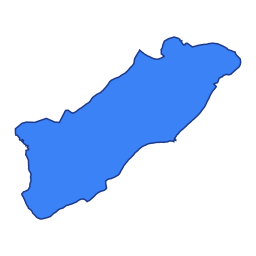 outline of Bali, Taraba, Nigeria
{"feature_id": "59680162B98222207712503", "entity_name": "Bali", "entity_type": "district", "adm_level": 2, "iso_a3": "NGA", "parent_name": "Nigeria", "parent_adm1": "Taraba", "projection": "albers", "projection_center": [10.998, 8.109], "detail": "fine", "context": "isolated", "style": "filled", "palette": "blue", "viewbox_px": 256, "rotation_deg": 0, "n_neighbors": 0, "source": "geoboundaries", "source_scale": "gbopen_adm2", "svg_char_len": 5249}
<svg xmlns="http://www.w3.org/2000/svg" viewBox="0 0 256 256"><path d="M201.7,44.7L199.7,45.1L198.2,45.4L196.7,45.7L195.5,46.3L194.0,46.4L192.5,47.0L189.3,44.8L187.3,43.3L186.2,43.3L185.4,43.7L184.9,44.9L183.6,44.9L182.8,43.9L181.6,42.5L181.7,40.8L180.9,41.1L180.2,40.8L179.9,39.4L178.3,38.3L174.1,37.0L171.3,37.9L168.5,38.7L164.4,41.1L162.9,44.9L162.3,48.0L161.1,49.6L161.3,51.2L161.3,53.9L163.9,55.9L164.1,56.6L162.6,57.1L161.4,58.0L158.9,58.9L157.9,59.2L156.6,59.2L155.4,59.0L153.3,58.6L149.2,56.5L147.6,56.0L146.6,55.3L145.3,54.6L144.2,53.9L143.3,53.1L142.7,52.6L141.9,52.2L140.6,50.9L139.6,50.1L139.1,51.5L138.4,52.3L137.9,53.1L137.4,53.9L134.7,58.5L133.8,63.6L133.1,64.7L132.2,65.8L131.0,66.9L129.8,68.2L129.0,69.3L127.8,70.6L126.4,72.0L125.7,72.5L125.2,73.1L123.7,73.9L122.2,74.8L120.8,75.6L120.3,76.1L119.5,76.7L118.3,77.3L117.6,77.6L115.8,78.1L114.6,78.7L113.3,79.3L111.4,80.2L109.9,81.5L109.4,82.1L109.0,82.9L107.8,84.7L107.7,84.8L106.8,85.8L106.1,86.9L104.9,88.2L103.9,89.3L103.0,90.4L101.5,91.5L100.8,92.3L100.1,92.8L98.1,93.7L96.6,94.5L95.6,95.3L93.2,97.0L91.7,98.6L91.0,99.9L90.4,100.8L90.1,101.3L89.6,101.8L88.4,102.9L86.7,103.8L85.2,104.9L84.0,105.9L82.7,106.8L81.3,107.9L80.3,108.4L78.6,109.5L76.4,111.4L73.7,112.9L72.4,112.9L72.1,113.1L68.0,110.2L66.3,110.4L65.5,110.5L59.4,122.4L54.8,122.1L46.3,118.4L34.8,122.4L26.4,122.1L24.5,122.6L22.2,123.2L15.4,128.8L15.5,133.5L15.7,134.3L15.9,135.2L17.3,135.2L18.7,137.2L19.7,138.1L19.5,139.5L20.1,140.2L21.4,140.3L22.6,139.6L23.4,140.5L22.1,141.1L21.9,141.5L22.4,141.8L22.9,141.5L23.3,141.9L23.1,142.6L24.0,143.6L24.3,144.0L25.9,144.7L25.9,145.9L27.9,145.6L28.2,146.1L27.3,147.6L28.5,148.7L28.6,149.6L27.5,150.0L26.5,150.3L26.0,150.4L26.1,151.9L25.9,153.2L25.7,154.8L26.6,156.0L27.1,157.3L28.0,159.1L28.2,159.8L28.6,161.1L28.4,162.7L28.7,163.7L28.7,164.5L28.5,165.2L28.8,167.0L28.6,168.6L28.9,169.6L29.3,170.9L30.1,172.1L30.6,172.9L30.9,173.9L31.0,175.5L30.5,176.8L30.6,177.6L30.9,178.6L30.9,179.3L31.0,181.4L30.3,182.7L29.9,184.3L29.9,185.1L30.0,186.4L29.3,187.7L28.8,188.7L28.1,189.8L26.1,190.9L25.6,191.2L24.9,191.5L23.6,191.8L22.9,192.6L21.9,193.7L22.0,195.0L22.8,196.2L23.9,198.3L24.8,200.3L25.4,201.8L25.9,203.1L26.5,204.3L27.1,205.6L27.9,206.6L28.4,208.1L29.0,208.6L30.8,209.8L31.6,210.8L32.1,211.6L32.7,213.1L34.0,214.3L35.4,215.8L36.5,217.1L37.2,217.6L38.0,218.0L40.3,219.0L41.9,218.9L42.7,218.7L43.4,218.6L44.4,218.3L46.9,217.7L47.9,217.4L49.1,216.8L50.1,216.7L51.1,215.9L51.6,215.4L52.3,214.6L54.5,212.7L55.3,212.6L56.2,211.8L57.0,211.0L57.9,210.4L58.4,209.7L60.2,208.8L61.2,208.5L62.4,208.2L63.2,207.9L64.1,207.1L65.1,206.5L65.6,206.0L66.3,205.4L67.3,205.4L68.3,205.1L69.8,204.5L71.1,204.2L72.1,203.9L73.3,203.3L74.6,202.7L75.8,202.2L76.6,201.9L77.3,201.3L77.8,200.8L78.5,200.5L79.5,199.7L80.8,199.4L81.5,199.1L82.5,199.0L83.8,199.2L84.6,199.4L85.6,200.2L87.1,201.6L87.7,201.1L88.7,200.8L89.4,200.5L91.6,198.6L92.1,198.2L92.8,197.5L94.3,196.2L94.8,195.6L95.5,194.8L96.7,193.7L97.4,193.2L98.4,192.4L99.2,192.1L100.4,191.5L101.1,191.2L102.4,190.9L104.1,190.3L105.4,189.5L106.6,188.1L106.2,186.1L105.9,184.5L105.6,183.3L105.8,181.7L105.7,180.9L107.9,179.3L109.7,178.7L111.2,178.6L112.4,178.0L113.7,177.5L114.4,177.2L116.9,175.8L118.4,174.9L118.9,174.4L119.8,173.1L120.5,171.7L121.0,170.7L121.7,169.6L122.4,168.3L123.3,166.7L123.8,165.6L125.0,164.3L125.2,164.0L125.9,163.0L127.6,161.1L128.3,160.0L130.0,158.4L130.7,157.8L131.9,156.5L133.4,155.1L133.9,154.3L134.3,153.8L134.8,153.0L136.5,151.6L137.2,151.1L138.0,150.3L138.7,149.5L139.7,148.6L140.6,147.8L141.4,147.3L142.1,146.7L143.1,146.2L144.1,145.6L145.1,145.3L145.8,145.0L146.8,144.4L147.6,144.1L148.8,143.6L149.8,143.5L151.6,143.2L152.6,143.1L154.6,142.8L156.3,142.4L157.6,142.4L158.4,142.4L159.9,142.3L160.9,142.2L162.4,142.2L163.2,142.4L164.7,142.1L165.4,142.0L167.2,141.9L168.2,141.6L168.7,141.4L169.7,140.8L172.4,141.2L173.8,141.6L173.8,141.1L174.0,140.2L174.7,139.9L175.2,140.2L175.7,140.4L175.7,139.5L175.4,139.2L174.6,139.0L174.5,138.2L175.0,137.8L175.4,137.3L175.7,136.8L176.2,136.1L176.9,134.8L178.3,133.7L179.0,132.7L179.5,132.0L180.0,131.5L181.0,130.5L182.6,129.3L183.6,128.4L185.2,126.9L186.4,125.9L187.4,124.7L188.2,124.0L189.6,122.8L190.6,122.0L190.8,121.8L191.5,121.1L192.7,119.9L193.9,119.1L195.1,117.9L196.6,116.5L197.9,115.3L198.7,114.3L199.4,113.6L200.6,112.2L201.5,110.9L202.8,109.1L204.0,107.6L204.6,106.8L205.2,105.6L206.3,103.5L207.0,101.8L207.1,101.6L208.0,99.9L208.7,98.9L209.0,98.0L209.7,96.5L210.4,94.8L211.3,93.4L211.8,92.6L212.1,91.7L214.2,89.2L214.7,88.7L215.2,88.1L216.3,86.6L213.8,84.0L214.6,83.6L216.8,82.9L217.6,82.5L218.3,80.6L218.7,79.6L219.1,78.2L220.2,77.8L221.1,77.1L222.3,76.8L223.7,75.2L225.2,74.9L226.6,74.3L228.0,74.8L229.1,74.8L230.3,74.3L231.2,74.0L232.0,73.1L232.4,72.7L232.8,72.4L233.9,71.4L235.1,70.4L236.5,69.0L238.5,67.5L239.4,66.3L240.1,64.9L240.6,62.7L240.6,61.5L240.4,60.6L240.4,60.0L240.0,58.7L236.5,55.1L235.5,53.6L235.2,52.1L233.9,51.7L232.6,51.3L231.3,50.6L230.3,50.4L229.5,50.1L228.2,49.7L227.7,49.2L226.4,48.0L224.6,47.0L223.0,46.1L218.6,44.2L217.3,43.7L215.8,43.6L214.5,43.4L213.0,43.2L212.0,43.2L211.0,43.3L210.0,43.6L208.5,43.6L207.2,44.2L206.5,44.3L205.2,44.3L204.2,44.4L203.5,44.4L202.7,44.7L201.7,44.7Z" fill="#3b82f6" stroke="#1e3a8a" stroke-width="1.5"/></svg>